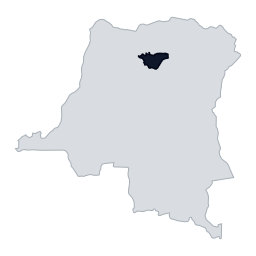 Basoko, Orientale, Democratic Republic of the Congo (highlighted)
{"feature_id": "63176286B83726148102259", "entity_name": "Basoko", "entity_type": "district", "adm_level": 2, "iso_a3": "COD", "parent_name": "Democratic Republic of the Congo", "parent_adm1": "Orientale", "projection": "orthographic", "projection_center": [23.828, 1.677], "detail": "fine", "context": "in_parent", "style": "filled", "palette": "ink", "viewbox_px": 256, "rotation_deg": 0, "n_neighbors": 0, "source": "geoboundaries", "source_scale": "gbopen_adm2", "svg_char_len": 6815}
<svg xmlns="http://www.w3.org/2000/svg" viewBox="0 0 256 256"><path d="M233.7,177.5L211.9,181.0L212.3,182.2L212.1,183.5L211.5,184.5L209.3,187.2L205.9,189.7L205.9,190.3L207.5,193.0L208.5,196.8L208.2,203.4L208.6,205.2L208.5,206.5L207.3,208.1L205.0,216.0L206.4,219.8L210.6,223.4L213.1,226.0L217.3,227.0L217.9,226.8L218.3,224.6L221.6,223.8L221.3,237.8L221.0,238.6L220.4,238.8L219.6,238.3L219.4,237.0L218.5,236.4L214.4,238.1L213.4,238.1L212.3,237.8L211.4,237.1L211.2,236.0L208.4,232.0L207.0,231.7L205.5,228.0L199.1,225.3L196.6,225.1L195.3,224.3L194.1,221.4L192.0,219.5L191.5,217.5L191.1,217.2L189.7,217.6L188.6,220.9L187.1,221.6L184.5,221.7L177.8,220.8L173.1,219.1L171.8,219.2L169.9,217.7L169.2,215.2L169.6,213.2L169.3,212.9L162.0,214.6L160.3,215.6L158.6,215.3L158.1,214.8L158.8,213.4L158.5,212.0L157.9,211.3L155.8,210.8L155.1,209.2L153.8,209.0L153.4,209.2L153.0,210.3L152.3,210.6L147.9,210.1L143.4,211.5L137.4,211.1L134.5,212.8L134.1,212.7L133.4,211.9L132.9,209.2L133.2,208.5L134.1,207.9L134.4,206.9L134.1,204.1L134.3,203.4L134.0,201.8L133.0,199.3L131.8,197.2L129.0,194.1L128.5,192.6L128.7,189.1L129.5,183.5L129.4,179.4L128.3,176.7L128.0,173.8L128.7,168.6L128.0,167.3L114.1,166.9L113.5,166.5L113.3,165.7L113.9,162.6L105.4,163.4L102.9,164.0L101.4,165.3L100.9,166.8L100.8,169.1L99.6,171.3L99.3,174.9L96.9,175.3L94.6,175.3L90.1,174.5L85.8,175.6L83.6,176.5L82.5,176.1L78.6,176.4L78.1,176.2L73.5,168.9L71.4,166.5L71.0,165.3L71.2,164.2L70.6,162.7L68.5,159.0L68.1,157.2L68.1,154.5L67.9,153.6L66.0,151.2L64.7,150.5L63.3,150.1L40.9,150.3L33.4,149.8L28.1,150.1L25.3,149.9L24.6,149.5L22.1,150.0L20.8,151.0L18.9,151.5L17.7,151.3L15.4,148.6L18.5,148.1L18.7,147.8L18.8,141.4L18.0,140.4L19.6,139.3L22.3,136.5L25.0,135.5L25.3,134.9L25.9,134.9L26.9,136.2L29.2,137.7L32.0,136.4L32.3,136.0L32.6,133.2L33.3,133.0L34.6,133.6L35.3,133.6L36.5,132.8L40.1,131.4L41.2,133.2L40.2,134.8L40.7,135.9L40.8,137.7L41.4,138.1L44.3,138.3L45.1,137.9L50.8,131.6L52.3,130.8L54.7,128.3L57.9,127.2L59.2,125.2L61.0,121.6L61.8,116.4L61.5,107.5L61.8,106.3L65.6,102.3L69.6,95.0L72.3,93.1L74.3,92.3L77.4,89.7L79.9,87.0L79.6,83.7L80.1,81.1L81.5,77.7L81.9,74.0L81.5,70.2L81.7,67.1L83.5,62.2L83.7,56.5L85.4,51.7L88.7,45.6L90.3,41.1L90.0,36.6L90.5,33.3L90.3,31.4L89.7,29.7L90.1,28.7L91.3,28.2L92.9,26.6L95.7,22.2L98.7,20.1L100.9,19.4L103.0,19.5L104.5,19.9L106.8,21.6L109.4,23.0L111.4,24.7L113.3,27.3L118.1,27.9L120.1,28.9L121.3,29.3L121.8,29.0L122.7,29.1L125.0,29.9L126.7,29.5L135.5,31.3L136.5,30.4L138.9,25.8L140.7,24.3L143.7,24.1L146.1,25.0L147.3,25.0L158.0,21.0L159.4,20.8L163.3,21.8L165.8,21.2L166.9,21.4L169.1,20.7L170.8,17.9L172.3,17.2L187.7,20.2L190.1,18.7L191.2,18.6L194.6,19.6L195.7,21.3L197.7,22.8L199.2,25.2L201.5,26.5L202.7,27.8L204.0,28.6L206.8,28.9L210.3,26.8L212.9,27.0L215.4,28.2L216.2,28.1L218.1,26.8L219.1,25.5L220.1,25.2L221.6,25.8L222.8,27.0L223.9,28.9L227.7,33.0L231.5,34.7L232.4,37.2L233.7,37.0L234.4,37.2L235.4,38.8L236.1,39.1L236.2,39.8L235.3,41.3L234.4,44.1L235.6,45.9L234.6,48.5L234.2,51.1L235.4,51.8L236.9,51.7L238.4,53.1L239.5,53.3L240.6,54.8L240.4,56.0L236.7,60.3L231.3,65.7L229.4,66.3L228.5,67.3L227.8,68.8L226.2,70.1L224.9,70.7L224.8,74.5L223.0,78.5L222.3,79.3L221.3,85.7L221.4,86.8L220.4,92.1L220.6,97.0L217.9,98.5L216.1,100.9L215.3,102.6L215.3,106.6L212.2,109.1L212.0,109.6L212.8,112.4L213.9,112.9L213.9,113.8L216.3,116.8L216.1,126.1L216.3,127.0L217.5,129.2L218.3,133.4L217.4,138.7L220.6,148.4L219.1,152.0L219.8,155.4L221.7,159.0L226.3,162.5L227.6,163.9L228.7,165.9L229.8,168.9L233.7,177.5Z" fill="#d9dde1" stroke="#a8b0b8" stroke-width="1"/><path d="M149.1,52.0L149.0,52.4L149.1,52.9L149.2,54.4L148.8,54.4L148.7,54.4L148.6,54.5L148.4,54.5L148.1,54.5L147.9,54.4L147.7,54.2L147.4,54.0L147.2,54.0L147.2,53.9L146.8,53.8L146.7,53.7L146.4,53.5L146.3,53.4L146.2,53.3L146.1,53.5L146.1,53.8L146.1,54.0L146.1,54.3L146.1,54.6L146.2,55.0L146.1,55.3L146.2,55.5L145.5,55.4L145.4,55.5L145.1,55.7L144.8,55.7L144.6,55.6L144.4,55.5L144.4,55.4L144.2,55.3L144.1,55.2L143.9,55.1L143.8,54.9L143.7,54.9L143.6,54.7L143.4,54.6L143.2,54.4L142.9,54.3L142.9,54.2L142.7,54.1L142.4,54.3L142.4,54.6L142.1,54.5L142.0,54.8L141.8,54.8L141.7,54.9L141.6,55.0L141.7,55.3L141.5,55.6L141.4,55.6L141.2,55.5L141.0,55.8L140.9,55.9L140.7,55.9L140.6,56.1L140.4,56.2L140.3,56.3L140.0,56.3L139.8,56.4L139.7,56.5L139.5,56.3L139.4,56.2L139.2,56.1L138.9,56.0L138.7,55.9L138.5,56.1L138.6,56.3L138.8,56.6L139.0,56.9L138.9,56.9L139.0,57.1L139.3,57.3L139.5,57.3L139.8,57.5L140.0,57.7L140.3,57.8L140.3,57.7L140.5,57.8L140.5,57.7L140.9,57.9L141.1,57.9L141.9,58.1L142.2,58.2L142.4,58.5L142.6,58.6L143.0,59.0L143.1,59.3L143.4,59.6L143.5,59.8L143.6,60.0L143.7,60.4L143.9,60.5L144.1,60.8L144.2,61.0L144.3,61.1L144.4,61.3L144.5,61.4L144.4,61.5L144.2,61.9L144.2,62.1L144.1,62.3L143.8,62.5L144.9,64.3L145.0,64.5L144.8,64.8L145.0,65.0L145.2,64.9L145.4,64.7L145.7,64.5L146.2,64.5L146.5,64.7L147.1,65.0L147.6,65.5L148.1,66.1L148.4,66.6L148.5,66.7L148.7,67.0L148.7,67.5L148.9,67.7L149.1,67.6L149.3,67.6L149.4,67.8L149.6,68.0L149.9,68.1L150.3,68.1L150.5,68.0L150.5,67.9L150.7,67.7L150.7,67.4L150.8,67.4L151.1,67.4L151.4,67.6L151.5,67.6L151.9,67.7L152.1,67.8L152.7,67.9L152.8,67.8L153.0,67.9L153.1,68.0L153.3,68.0L153.7,68.1L153.8,68.2L153.9,68.3L154.0,68.3L154.2,68.5L154.3,68.5L154.5,68.6L154.8,68.8L155.1,68.8L155.4,68.9L155.5,68.9L155.8,69.0L156.0,69.1L156.4,68.8L156.6,68.6L157.4,68.0L157.6,67.9L157.8,67.6L158.0,67.2L158.2,66.9L158.2,66.7L158.3,66.6L158.4,66.4L158.4,66.2L158.5,66.1L159.2,65.3L159.5,64.9L159.4,64.8L159.3,64.7L159.2,64.6L159.1,64.4L159.5,64.1L160.1,63.7L160.6,63.1L160.7,62.6L160.8,62.3L160.9,62.1L161.2,61.9L161.6,61.5L161.8,61.0L162.1,60.7L162.4,60.0L162.6,59.9L162.9,59.7L163.1,59.6L163.4,59.4L163.5,59.3L164.0,59.1L165.0,58.7L165.6,58.6L166.1,58.3L166.5,58.2L167.0,58.2L167.3,58.2L168.0,58.1L168.1,57.9L168.1,57.7L167.9,54.8L168.0,54.7L168.0,54.4L167.9,54.2L167.6,54.2L167.4,54.2L167.2,54.1L167.0,53.9L166.9,53.7L166.7,53.7L166.7,53.8L166.6,53.7L166.4,53.6L166.2,53.6L165.9,53.6L165.7,53.6L165.6,53.8L165.5,53.7L165.4,53.6L165.2,53.5L164.9,53.8L164.8,53.7L164.7,53.6L164.7,53.4L164.5,53.5L164.3,53.6L162.6,53.5L159.7,53.3L159.5,53.5L159.3,53.6L159.1,53.6L158.6,53.9L158.4,53.7L158.2,53.4L157.9,53.4L157.7,53.5L157.4,53.6L157.0,53.6L156.9,53.6L156.7,53.8L156.6,54.0L156.3,54.1L156.2,54.1L155.6,54.2L155.5,54.3L155.4,54.2L155.1,54.1L154.9,54.2L155.0,54.2L155.0,54.3L154.9,54.4L154.9,54.5L155.0,54.6L155.3,54.9L154.9,55.1L154.7,55.1L154.4,55.2L154.2,55.2L154.1,55.3L153.9,55.4L153.9,55.5L153.8,55.8L153.6,55.8L153.4,55.8L153.2,55.7L152.9,55.4L152.8,55.2L152.6,55.2L152.4,55.2L152.1,55.2L151.8,55.2L151.5,55.2L151.4,55.2L151.0,54.9L150.9,54.8L150.6,54.6L150.4,54.6L150.2,54.5L150.0,54.4L149.9,54.4L149.7,54.4L149.4,54.4L149.5,54.2L149.5,53.8L149.6,53.7L149.5,53.4L149.3,52.9L149.3,52.7L149.2,52.7L149.1,52.2L149.1,52.0Z" fill="#0f172a" stroke="#020617" stroke-width="1.5"/></svg>